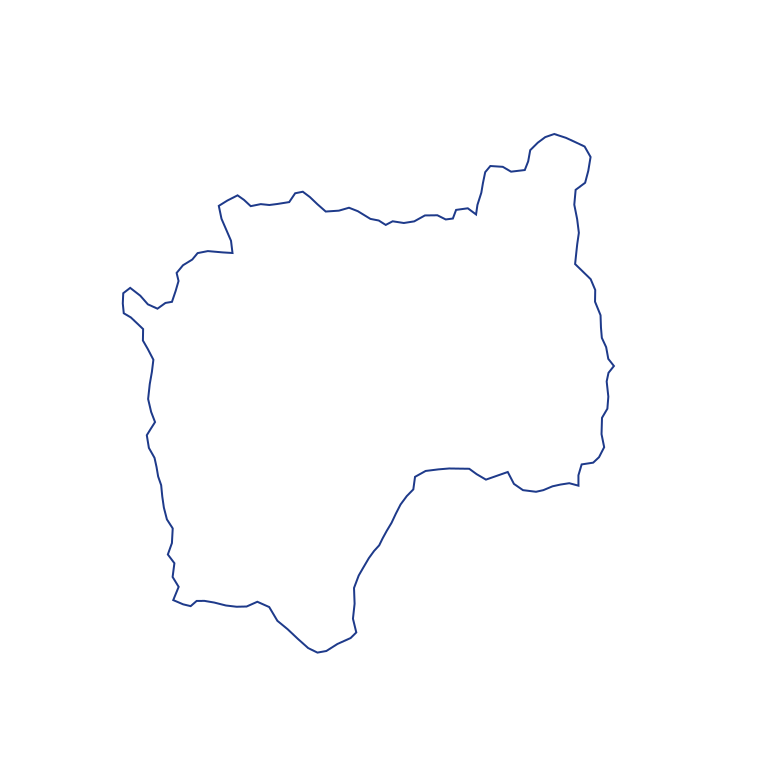 Arco-Íris, São Paulo, Brazil (Natural Earth projection), rotated 339°
{"feature_id": "56859067B7870901954406", "entity_name": "Arco-Íris", "entity_type": "district", "adm_level": 2, "iso_a3": "BRA", "parent_name": "Brazil", "parent_adm1": "São Paulo", "projection": "natural_earth1", "projection_center": [-50.429, -21.77], "detail": "fine", "context": "isolated", "style": "outline", "palette": "blue", "viewbox_px": 768, "rotation_deg": 339, "n_neighbors": 0, "source": "geoboundaries", "source_scale": "gbopen_adm2", "svg_char_len": 2266}
<svg xmlns="http://www.w3.org/2000/svg" viewBox="0 0 768 768"><g transform="rotate(339 384 384)"><path d="M656.4,234.2L649.7,227.2L642.1,219.4L632.5,211.6L623.0,211.3L614.1,213.8L604.3,218.1L598.4,227.8L592.1,234.7L578.7,231.3L572.7,223.8L561.4,218.6L554.4,222.5L548.3,232.0L543.4,240.3L535.4,250.3L530.7,258.7L525.2,250.0L513.7,247.3L507.6,254.2L500.6,252.5L494.3,245.6L482.6,241.3L470.5,243.0L460.2,240.8L450.4,235.2L442.6,236.1L437.7,229.5L430.5,225.0L421.5,213.3L414.5,206.9L404.0,206.0L391.4,202.1L386.3,192.4L381.8,182.9L377.1,175.4L369.4,174.1L360.7,180.2L348.9,177.7L341.1,175.8L333.4,171.9L323.3,170.2L319.3,162.0L314.9,155.4L303.5,156.6L293.6,158.5L291.5,171.5L292.0,183.3L292.5,195.5L289.5,207.4L280.5,203.3L267.2,196.8L256.9,195.0L249.6,199.1L238.9,201.1L230.2,206.0L229.1,214.2L222.8,222.5L215.5,231.3L209.0,230.0L199.5,232.5L192.1,225.0L188.1,214.2L181.5,203.3L173.1,205.8L169.0,215.2L166.4,224.7L171.5,231.1L178.8,246.4L174.5,257.0L176.0,266.5L177.4,278.7L171.6,289.6L165.3,300.1L158.4,313.5L156.6,326.6L156.6,337.5L150.0,342.4L144.2,346.8L141.6,359.4L143.3,370.7L141.9,379.9L140.0,389.4L139.7,398.6L136.7,409.5L134.2,420.5L132.8,432.6L135.0,443.1L129.0,456.5L121.1,465.7L124.1,476.2L117.5,488.4L119.6,499.8L109.8,510.2L117.5,517.7L123.9,522.1L131.3,519.4L138.6,522.1L147.2,527.2L157.0,534.1L166.5,539.1L176.0,542.5L187.7,541.9L196.9,551.1L199.6,566.9L206.1,578.3L212.3,591.2L218.6,603.4L225.6,610.9L234.5,612.6L247.4,610.0L261.8,609.2L269.1,606.0L270.9,592.0L277.8,578.6L282.9,563.7L291.8,553.7L298.1,548.6L307.5,541.1L314.9,536.3L321.7,532.9L327.3,527.7L333.9,522.1L341.3,516.3L348.6,509.3L356.3,502.4L365.1,496.8L373.6,492.9L379.7,481.8L391.7,480.1L404.2,483.2L414.5,486.2L433.2,493.7L438.2,501.4L444.9,509.8L468.0,510.5L469.5,523.8L475.7,532.9L487.3,539.1L494.7,540.2L504.6,539.9L512.6,541.1L521.4,543.0L529.1,548.6L532.8,538.9L539.7,529.9L551.1,532.4L558.5,529.4L566.9,521.9L569.1,508.8L575.4,493.7L583.7,487.1L588.9,476.2L592.8,461.4L597.6,454.0L605.1,449.6L602.4,440.9L604.6,429.2L603.9,419.0L606.8,409.0L610.8,397.4L610.5,382.8L614.9,371.9L614.5,360.2L605.4,340.5L610.9,329.7L614.5,322.7L620.1,312.7L623.4,299.3L625.9,284.8L632.5,271.4L643.9,268.2L651.1,258.2L658.2,246.1L656.4,234.2Z" fill="none" stroke="#1e3a8a" stroke-width="2"/></g></svg>